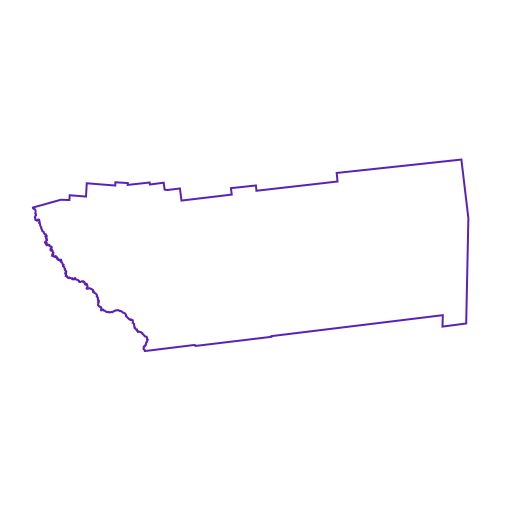 the district of Juan F. Ibarra, Santiago del Estero, Argentina, rotated 353°
{"feature_id": "61730980B19837134975286", "entity_name": "Juan F. Ibarra", "entity_type": "district", "adm_level": 2, "iso_a3": "ARG", "parent_name": "Argentina", "parent_adm1": "Santiago del Estero", "projection": "natural_earth1", "projection_center": [-63.235, -28.039], "detail": "fine", "context": "isolated", "style": "outline", "palette": "violet", "viewbox_px": 512, "rotation_deg": 353, "n_neighbors": 0, "source": "geoboundaries", "source_scale": "gbopen_adm2", "svg_char_len": 5641}
<svg xmlns="http://www.w3.org/2000/svg" viewBox="0 0 512 512"><g transform="rotate(353 256 256)"><path d="M456.4,348.6L471.4,244.3L471.6,185.3L346.2,183.4L346.0,192.0L264.4,191.3L264.5,186.0L239.4,185.6L239.4,192.1L188.8,191.9L188.7,179.7L175.9,179.7L173.4,179.0L173.3,172.0L159.4,172.1L159.4,170.1L137.3,169.8L137.7,168.0L125.4,165.7L124.9,168.9L96.9,163.2L94.5,176.3L78.5,173.0L77.6,177.7L69.1,176.4L40.5,180.7L40.4,181.0L40.5,181.3L41.0,181.6L41.0,182.0L41.6,182.3L42.2,182.6L42.6,183.6L42.7,185.0L42.1,186.9L42.4,187.0L42.6,187.3L42.8,188.4L42.6,188.8L42.2,189.1L41.3,190.1L41.3,191.3L41.6,191.6L41.6,192.1L41.4,192.5L41.4,193.2L41.6,193.4L42.1,193.5L43.0,194.3L43.7,193.9L43.7,193.5L44.0,193.3L44.4,193.3L45.1,193.5L45.2,194.7L45.4,194.9L45.3,196.0L45.0,196.1L44.7,196.5L44.8,196.8L45.3,196.8L45.5,197.0L45.5,198.1L45.6,198.3L45.5,199.6L46.4,201.5L46.4,201.9L46.2,201.9L46.2,202.8L46.6,203.5L47.0,204.7L46.9,205.1L47.1,205.5L48.2,206.2L48.4,207.5L49.0,208.7L49.7,208.8L50.1,209.0L50.1,209.7L50.5,210.2L50.3,210.4L50.0,210.5L49.5,210.9L49.9,211.5L50.4,211.5L50.2,211.9L49.7,212.2L49.7,212.6L50.1,212.7L50.3,213.7L50.6,213.9L50.5,214.9L50.2,215.1L50.1,214.7L49.9,214.5L49.6,215.6L49.4,215.7L49.1,215.9L49.2,216.5L49.1,216.8L48.3,216.6L48.2,216.7L48.3,217.4L48.4,217.5L48.9,217.4L49.2,217.2L49.6,217.6L49.9,217.7L49.8,218.0L49.8,218.7L49.6,218.8L49.4,218.8L49.7,219.3L49.7,219.5L49.4,219.6L49.5,219.8L50.1,219.6L50.8,219.6L51.0,219.9L51.8,219.6L52.4,220.1L52.3,220.9L52.6,221.2L53.5,221.7L53.9,221.7L54.2,222.0L54.3,222.6L53.8,223.2L53.4,223.5L53.9,224.2L52.8,224.5L52.8,225.5L53.2,225.7L53.7,225.0L53.8,225.1L53.8,225.4L54.5,225.7L54.9,226.3L54.8,227.6L55.3,228.0L55.0,228.6L55.1,229.0L55.0,229.5L54.5,229.5L54.6,230.0L53.9,229.9L53.9,230.4L53.6,230.9L53.8,231.0L54.2,230.8L54.7,231.1L54.8,231.5L55.1,231.6L55.5,232.0L56.1,232.0L56.1,232.4L56.3,232.5L56.6,232.5L57.0,231.7L57.4,231.8L57.5,232.1L57.4,232.3L57.5,232.7L57.5,233.1L57.8,233.5L58.3,233.4L58.3,234.7L58.6,234.9L58.9,235.3L59.3,235.0L59.5,236.0L60.1,236.3L60.2,235.7L60.7,235.9L61.5,235.8L61.8,235.9L61.5,236.5L62.1,236.6L62.3,237.4L61.8,237.6L61.7,237.9L62.0,238.5L62.9,239.3L63.1,240.6L63.5,240.9L63.4,241.2L63.8,241.3L63.4,242.0L63.3,242.5L63.8,242.6L64.1,243.3L64.0,243.6L64.5,243.9L64.5,245.2L64.9,245.5L64.9,245.8L64.8,246.2L64.5,246.5L64.8,247.0L65.3,247.3L65.4,247.8L65.8,248.1L65.8,248.3L65.5,248.7L65.5,248.9L65.1,249.0L64.9,249.5L64.5,249.8L64.5,250.2L64.6,250.4L64.8,250.5L65.3,250.5L65.2,250.9L65.2,251.3L64.9,251.5L65.0,252.2L64.8,252.7L65.1,252.8L65.2,252.5L65.4,252.5L65.7,253.2L66.0,253.2L66.1,254.0L67.2,255.1L67.4,255.1L67.9,254.5L68.0,254.5L68.7,255.1L69.3,255.2L69.8,255.5L70.3,256.0L70.9,256.2L70.9,256.7L71.1,256.8L71.3,256.8L71.5,256.3L71.9,256.8L72.3,256.7L72.6,257.0L72.8,257.0L73.2,256.3L73.3,255.9L73.7,255.8L74.1,256.4L74.4,257.2L74.6,257.4L75.0,257.7L76.0,257.9L76.2,258.3L77.1,258.8L77.3,259.0L77.2,259.6L77.2,259.9L77.5,260.3L78.5,260.4L79.9,259.9L80.4,260.1L80.9,260.1L80.9,259.9L81.0,259.9L81.2,260.0L81.3,260.4L81.8,260.3L82.1,260.7L82.5,260.9L82.5,261.2L82.2,261.3L82.2,261.5L82.6,261.9L82.7,262.3L82.8,262.3L82.8,262.1L83.0,262.1L83.4,262.5L83.0,262.9L82.9,263.3L83.2,263.7L83.6,263.8L83.7,263.7L83.8,263.3L84.2,263.4L84.6,263.2L84.9,263.9L84.9,264.8L85.1,265.3L84.8,265.5L84.9,266.5L84.4,267.0L84.2,267.1L84.0,267.3L84.2,267.5L84.3,268.0L85.1,268.0L86.5,267.6L87.4,268.0L87.7,268.4L88.7,268.6L89.3,269.3L90.0,269.8L90.2,270.5L89.9,270.9L89.9,271.7L90.2,271.7L90.5,271.5L90.6,272.0L91.1,272.4L91.0,272.9L92.4,273.7L92.8,274.6L93.4,275.4L93.3,276.1L93.0,276.6L93.0,276.8L93.3,277.3L94.0,277.8L93.8,278.5L94.0,279.1L93.7,279.9L94.0,280.2L93.9,280.9L94.6,281.2L94.6,281.3L94.4,281.7L94.5,282.2L93.7,282.4L93.6,283.3L93.8,283.7L93.6,284.0L93.5,284.7L93.2,285.2L93.2,285.5L93.7,286.1L94.0,286.3L94.3,286.8L94.2,287.0L94.5,287.4L95.1,287.4L95.4,287.8L95.9,287.9L96.1,288.2L96.0,288.5L96.1,289.0L95.7,290.1L95.8,290.4L95.6,290.9L95.7,291.1L96.4,290.9L97.1,290.6L97.5,291.0L97.9,290.8L98.3,291.6L98.7,291.6L99.5,292.1L100.0,292.8L100.3,292.8L100.7,293.2L101.4,293.5L102.4,293.4L103.0,294.0L103.6,294.1L103.6,293.9L104.6,294.1L105.7,293.9L106.6,294.3L107.1,294.1L107.2,293.9L107.9,293.5L109.1,293.3L109.2,293.1L109.8,293.1L110.4,292.8L111.1,292.8L111.3,293.0L111.6,293.1L112.6,292.9L113.0,293.2L113.4,293.4L113.8,293.9L114.3,293.8L114.7,294.1L115.5,294.3L116.1,294.9L116.1,295.0L116.7,295.4L116.8,295.8L118.8,296.8L118.9,297.1L119.8,298.2L119.9,298.7L119.7,298.9L119.5,299.6L119.7,300.0L120.4,300.4L120.5,300.9L120.8,301.4L121.7,302.2L121.9,302.9L122.8,303.3L123.0,303.8L123.4,303.9L123.6,304.2L124.1,304.3L124.4,303.8L124.6,303.8L125.2,304.5L125.9,304.8L125.8,306.5L125.5,307.3L125.9,307.4L126.3,308.1L126.8,308.6L126.7,309.2L126.5,309.7L126.7,310.4L126.5,311.4L126.9,311.8L127.1,312.1L126.9,312.8L127.4,313.0L127.4,313.5L127.8,314.0L128.2,314.3L128.8,314.3L128.9,314.5L128.8,314.8L128.5,315.2L128.6,315.5L129.2,316.1L129.9,316.3L129.8,317.0L130.6,316.9L130.9,317.2L131.6,317.2L132.5,317.5L133.0,318.3L133.8,318.7L133.9,319.5L134.1,319.5L134.4,320.0L134.7,320.2L135.0,320.8L135.3,321.1L135.3,321.4L135.8,321.8L136.0,322.3L137.5,322.8L137.8,323.3L137.7,323.8L138.0,324.3L137.7,325.3L137.9,325.5L138.3,325.7L138.4,325.9L137.9,326.4L137.7,327.1L137.0,327.7L137.0,328.5L136.4,328.7L136.3,328.9L136.2,329.9L135.7,330.2L135.6,330.4L135.7,330.9L135.6,331.2L135.2,331.6L134.9,331.8L134.5,331.6L134.3,331.7L133.5,332.4L133.6,333.2L133.3,333.7L133.0,334.2L133.2,334.9L133.9,335.4L134.1,336.2L134.0,336.7L134.1,336.8L184.4,336.8L184.9,337.9L261.4,338.1L261.4,337.4L434.2,337.5L432.5,348.8L456.4,348.6Z" fill="none" stroke="#5b21b6" stroke-width="2"/></g></svg>